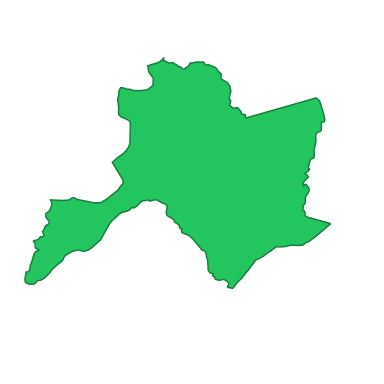 outline of Cuvette, rotated 14°
{"feature_id": "COG-3342", "entity_name": "Cuvette", "entity_type": "Region", "adm_level": 1, "iso_a3": "COG", "parent_name": "Republic of the Congo", "parent_adm1": "", "projection": "natural_earth1", "projection_center": [15.8, -0.78], "detail": "fine", "context": "isolated", "style": "filled", "palette": "green", "viewbox_px": 384, "rotation_deg": 14, "n_neighbors": 0, "source": "natural_earth", "source_scale": "10m", "svg_char_len": 5732}
<svg xmlns="http://www.w3.org/2000/svg" viewBox="0 0 384 384"><g transform="rotate(14 192 192)"><path d="M334.0,189.6L322.0,206.3L319.7,208.8L317.9,211.4L317.2,212.0L314.8,213.4L314.5,213.9L312.8,216.3L311.9,216.9L307.2,218.4L302.7,219.2L301.0,219.7L295.0,222.6L290.7,224.0L287.8,224.5L287.3,224.8L286.4,225.5L285.8,225.8L285.6,226.4L283.5,229.2L280.0,232.8L277.2,236.6L273.0,240.5L271.0,241.9L270.4,242.5L270.0,243.3L269.0,246.2L266.9,250.4L265.6,254.3L264.1,256.7L260.8,264.3L257.8,268.8L255.8,273.6L254.6,275.7L251.6,275.7L249.6,276.0L249.3,275.0L249.7,273.5L249.8,272.1L249.4,270.9L249.0,270.9L246.4,269.7L244.6,269.2L242.7,269.4L241.1,270.6L239.7,271.1L237.3,271.1L235.4,270.8L235.2,270.0L234.8,269.4L233.3,268.9L232.1,267.9L232.6,266.2L228.9,266.0L226.6,263.7L223.8,254.6L221.9,251.6L220.5,248.2L220.1,247.4L219.4,246.7L218.8,246.3L215.4,245.8L214.7,245.4L214.2,244.7L204.3,237.5L201.5,235.9L198.7,234.7L192.9,234.1L191.3,233.1L191.3,230.7L191.0,229.8L190.0,230.4L189.3,230.4L188.6,229.3L187.3,227.1L186.6,226.8L182.5,225.4L182.0,224.8L181.7,224.1L181.1,223.4L179.2,222.5L175.1,221.4L173.4,220.6L172.1,218.7L171.7,216.3L171.7,213.8L171.2,211.8L170.0,210.5L168.5,210.0L165.0,209.7L160.2,208.2L158.5,208.4L157.1,208.9L154.4,210.5L153.0,211.0L152.5,211.0L151.6,210.4L151.2,210.3L150.6,210.6L149.4,211.3L146.2,212.5L144.8,213.8L142.3,218.3L141.0,220.0L139.5,221.5L139.1,221.6L138.2,221.3L137.8,221.3L137.1,222.2L136.0,224.1L135.4,225.0L133.4,226.5L129.0,228.7L127.1,230.6L121.2,239.5L119.4,243.9L114.8,260.7L108.6,269.8L105.3,273.5L103.9,274.4L101.4,275.6L100.3,275.9L96.9,275.6L96.1,275.7L95.4,275.9L91.0,278.1L89.8,279.0L85.5,283.2L84.3,284.7L83.6,286.0L83.3,288.4L83.1,289.2L81.9,291.5L81.2,292.4L78.8,295.2L78.0,296.4L76.9,298.3L75.2,300.6L74.7,301.4L73.7,304.5L73.4,305.2L69.9,310.9L67.8,313.0L66.5,314.2L65.0,314.9L64.0,315.2L63.4,315.7L62.9,316.4L62.2,318.1L61.9,318.5L61.6,318.9L61.0,319.5L60.3,319.9L56.9,320.6L56.3,320.7L55.5,320.7L54.1,320.5L52.7,320.1L52.0,319.6L51.4,318.3L50.9,316.2L50.5,310.7L50.3,310.0L50.5,309.9L52.9,308.4L53.5,307.0L52.8,302.5L52.9,301.6L53.4,299.0L53.7,290.7L54.3,288.5L55.4,287.1L57.5,285.6L56.8,285.0L54.9,284.6L53.4,284.1L52.3,279.9L50.6,278.7L50.0,278.0L50.8,277.2L52.6,276.4L53.4,275.9L54.3,275.2L54.9,274.2L55.2,273.0L55.8,272.1L58.7,271.4L58.7,269.9L57.7,268.0L56.5,266.7L57.7,263.7L57.8,261.2L58.1,260.2L59.2,259.1L60.3,258.2L60.9,257.0L60.4,254.9L57.3,252.5L56.0,250.9L55.4,248.9L55.7,247.8L56.3,247.1L57.1,246.4L57.7,245.6L58.2,244.5L58.5,243.5L58.9,241.2L59.0,237.9L58.8,237.0L58.1,235.7L56.6,233.9L68.2,231.6L74.5,229.6L76.6,227.2L78.9,226.0L82.5,227.0L99.3,226.2L106.0,224.5L110.9,219.6L119.7,208.1L121.3,203.6L123.2,200.0L121.6,196.6L107.5,182.5L111.4,176.8L116.4,170.9L118.2,167.5L119.5,163.9L120.1,160.3L116.0,141.9L114.6,138.4L111.6,137.3L105.0,136.3L102.2,134.7L101.2,131.4L100.4,127.4L97.9,121.5L97.3,119.2L97.5,117.5L97.5,115.8L96.7,111.9L97.5,108.0L100.4,107.6L103.6,108.0L107.1,107.3L108.8,107.6L110.4,107.7L117.3,106.2L123.9,103.7L128.3,98.1L127.0,91.1L121.2,86.2L118.6,80.3L121.7,78.2L125.1,76.4L127.8,74.7L130.0,72.5L132.2,68.9L132.3,69.1L132.4,69.5L132.4,69.8L132.2,70.7L132.2,71.2L132.4,71.6L132.8,71.7L133.5,71.4L133.9,71.3L136.7,72.1L138.3,72.4L138.9,72.4L139.5,72.3L140.3,71.9L140.8,71.5L141.3,71.3L142.0,71.2L143.1,71.4L144.4,71.9L145.0,72.1L146.0,72.3L147.1,72.6L147.5,72.8L148.0,73.0L148.3,73.3L148.6,73.5L149.1,73.6L149.6,73.5L150.5,73.4L151.4,73.7L152.0,74.0L152.8,74.6L153.2,74.8L153.8,74.9L154.3,74.8L154.9,74.4L156.1,72.7L156.4,72.4L157.5,71.6L157.8,71.2L158.0,70.7L158.2,70.2L158.6,68.6L158.9,67.7L159.1,67.5L159.3,67.3L159.5,67.2L159.8,67.0L160.2,66.9L161.2,66.8L161.7,66.6L161.9,66.4L162.4,65.9L162.8,65.7L163.3,65.5L164.1,65.3L164.7,65.1L165.1,64.9L165.8,64.4L166.2,64.3L168.9,64.1L169.1,64.0L169.7,63.6L170.0,63.4L170.5,63.3L171.5,63.3L172.2,63.4L172.9,63.8L173.2,64.2L173.3,64.8L173.6,65.2L174.0,65.5L174.6,65.5L175.5,65.2L176.0,64.9L176.8,64.4L177.1,64.3L177.5,64.4L179.7,65.0L181.9,65.0L184.8,65.6L185.4,66.0L185.7,66.3L186.1,66.6L186.5,66.8L186.9,67.1L187.5,67.8L187.8,68.1L188.5,68.7L188.9,68.9L190.7,69.7L191.6,70.2L191.9,70.5L192.1,70.9L192.3,71.4L192.3,73.3L192.4,73.9L192.6,74.4L192.9,74.8L193.2,75.1L193.6,75.4L194.2,75.7L196.3,76.2L200.1,77.5L200.5,77.7L200.9,78.0L202.1,79.4L203.2,80.2L203.7,81.1L205.3,84.9L205.4,85.3L205.3,91.0L205.3,91.4L205.4,91.8L205.6,92.3L205.8,92.6L206.2,92.9L206.8,93.3L207.0,93.5L207.3,93.9L207.4,94.4L207.6,95.4L207.6,96.3L207.4,98.6L207.6,98.9L207.9,99.2L208.7,99.3L209.2,99.5L210.9,100.5L211.4,100.6L212.0,100.6L212.8,100.4L214.5,99.5L215.0,99.3L215.5,99.2L216.3,99.3L216.8,99.6L217.5,100.3L217.8,100.7L218.2,100.9L219.5,101.6L219.8,101.9L220.1,102.2L220.8,103.5L221.1,103.9L221.4,104.2L222.0,104.3L224.7,104.1L225.1,104.1L225.2,104.3L225.3,104.5L225.5,104.9L225.5,105.4L225.7,105.9L225.9,106.4L226.2,106.8L226.5,107.1L289.7,70.7L293.5,72.7L294.8,74.3L301.1,84.8L303.4,89.7L303.5,90.1L303.4,90.9L303.2,92.0L302.5,92.5L301.8,92.3L301.2,92.3L300.7,93.5L300.8,94.4L301.7,96.8L302.1,99.3L302.4,100.2L302.4,101.2L301.6,102.3L300.7,103.0L299.7,103.5L298.8,104.2L298.3,105.5L298.4,107.4L299.8,112.3L300.1,114.3L300.3,121.2L300.7,123.2L301.8,127.0L302.0,129.3L301.0,130.3L299.6,130.9L299.0,132.4L298.9,140.3L299.1,140.9L300.5,141.3L300.5,142.2L297.3,146.5L298.0,147.3L299.8,147.8L301.3,149.3L298.4,154.2L297.7,157.0L298.8,159.3L299.9,157.2L301.5,157.4L303.3,158.9L304.7,160.3L305.4,162.3L305.0,164.5L303.3,169.2L303.2,169.9L304.4,174.3L304.5,175.6L303.5,177.6L303.4,178.7L303.9,182.5L304.2,182.8L304.8,182.8L305.6,183.3L306.2,183.9L306.5,184.2L306.8,184.7L306.9,186.7L307.8,187.8L308.7,188.2L310.3,188.5L332.7,189.0L333.7,189.3L334.0,189.6L334.0,189.6Z" fill="#22c55e" stroke="#15803d" stroke-width="1.5"/></g></svg>